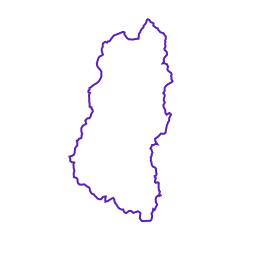 Santa Tereza de Goiás, Goiás, Brazil (Mercator projection), rotated 159°
{"feature_id": "56859067B61245198999160", "entity_name": "Santa Tereza de Goiás", "entity_type": "district", "adm_level": 2, "iso_a3": "BRA", "parent_name": "Brazil", "parent_adm1": "Goiás", "projection": "mercator", "projection_center": [-48.989, -13.559], "detail": "fine", "context": "isolated", "style": "outline", "palette": "violet", "viewbox_px": 256, "rotation_deg": 159, "n_neighbors": 0, "source": "geoboundaries", "source_scale": "gbopen_adm2", "svg_char_len": 3800}
<svg xmlns="http://www.w3.org/2000/svg" viewBox="0 0 256 256"><g transform="rotate(159 128 128)"><path d="M124.9,209.4L125.1,205.5L127.1,205.0L129.1,204.9L130.5,203.8L132.1,202.0L134.1,199.2L134.5,196.5L134.1,195.1L133.4,193.1L132.9,191.9L132.6,190.2L133.3,188.7L133.9,187.4L134.1,186.0L136.3,183.7L137.4,182.8L139.2,181.6L141.5,181.0L144.2,180.6L146.2,180.0L147.5,179.5L149.7,179.1L150.1,177.6L151.6,177.0L152.1,175.7L150.9,174.4L152.6,172.8L153.3,170.5L154.0,168.3L154.8,166.5L155.0,164.8L155.5,163.3L156.2,161.6L154.7,160.5L155.2,159.1L154.6,157.9L154.9,156.0L157.3,154.3L158.7,152.3L160.5,150.9L161.7,151.5L163.5,151.2L165.2,150.3L165.2,148.5L165.5,146.9L167.2,146.7L169.8,146.1L171.6,144.5L172.6,142.1L172.9,140.3L172.8,138.9L174.1,137.6L174.5,136.3L175.4,135.3L177.7,135.5L179.0,134.4L180.3,134.5L180.7,132.1L181.7,129.7L183.6,129.0L185.0,127.6L186.7,123.9L188.4,122.3L190.7,122.0L192.9,122.3L193.0,119.5L193.8,117.9L192.9,116.3L191.7,115.7L190.6,115.0L191.8,113.9L192.6,111.5L193.1,109.9L193.4,107.1L194.9,105.4L196.1,101.5L194.2,100.1L193.5,98.3L194.3,95.9L194.4,94.4L193.8,93.0L192.2,91.9L190.6,91.5L189.2,91.2L188.2,90.0L187.7,88.6L186.8,87.7L185.6,86.4L185.5,84.6L186.0,83.0L185.7,81.0L185.1,79.4L183.7,78.2L183.3,76.8L182.4,75.0L181.9,73.3L180.6,72.0L178.8,71.1L176.4,72.5L174.8,72.4L173.3,72.0L174.6,70.0L175.0,68.8L175.6,67.4L174.3,67.1L172.8,67.1L170.7,67.6L168.7,67.9L167.0,68.1L166.3,66.4L166.8,65.2L166.9,63.1L166.1,60.1L165.6,57.1L164.8,55.9L164.0,54.7L162.9,54.1L161.7,53.6L161.7,51.0L160.4,49.2L158.7,49.6L156.8,50.2L154.8,49.4L153.5,46.8L151.6,46.9L150.3,46.6L148.8,46.8L147.5,45.5L146.9,44.1L147.6,42.7L148.5,41.2L149.3,39.4L148.9,37.7L148.5,36.3L147.3,35.7L145.1,34.9L142.9,34.3L141.1,33.5L139.6,33.6L138.1,35.2L136.8,37.5L136.8,39.5L135.8,40.4L134.8,41.1L133.5,43.3L132.6,42.0L131.4,43.0L130.2,44.4L129.1,45.2L128.2,46.2L128.6,48.6L127.7,51.6L126.6,53.2L124.6,54.1L123.4,53.3L121.7,53.5L122.5,55.2L121.0,57.1L121.4,58.8L120.9,60.9L120.2,62.9L119.7,64.2L119.0,65.5L119.7,66.7L121.7,66.8L122.3,68.2L121.2,69.7L120.0,71.1L120.6,72.3L120.3,73.6L118.7,73.6L117.7,75.0L117.6,76.4L117.0,78.5L116.4,80.1L117.1,81.6L118.6,83.0L119.0,85.3L118.3,87.9L118.4,89.3L117.9,90.5L117.4,92.2L116.1,93.4L114.9,95.4L113.9,96.4L114.0,97.7L113.8,99.0L114.4,100.8L112.8,102.0L111.6,103.5L110.1,103.0L108.1,103.2L106.4,102.3L107.0,104.3L107.2,106.1L106.5,108.3L103.4,109.0L100.7,110.2L99.4,111.0L96.5,109.7L94.6,110.2L93.3,112.5L92.1,114.4L91.1,116.1L89.7,117.6L88.8,118.8L87.4,119.7L86.6,120.8L86.1,122.4L84.6,123.7L83.0,125.2L83.9,127.2L85.7,126.9L87.1,126.5L87.7,128.1L87.3,129.7L86.8,131.3L87.1,133.8L87.1,135.8L86.5,137.0L85.3,137.9L84.4,138.9L84.8,140.6L84.1,142.3L82.9,143.9L82.1,145.0L82.0,146.3L82.6,147.9L81.2,148.8L80.3,149.8L79.7,151.7L78.9,152.8L77.6,153.6L76.0,154.3L74.4,154.6L72.9,154.9L71.3,155.0L69.6,155.6L70.0,158.0L69.2,159.6L69.2,161.1L68.1,162.2L68.1,164.1L69.9,166.8L70.3,168.5L69.3,170.1L68.5,171.0L68.9,172.2L68.7,173.5L69.9,174.4L70.6,175.4L72.5,175.9L70.5,177.2L70.2,179.1L68.8,180.6L67.4,181.3L65.2,182.5L64.6,185.1L65.1,186.3L65.8,187.6L65.6,189.2L64.2,190.0L63.4,191.9L63.3,193.3L62.2,194.9L62.0,196.4L60.9,197.6L59.9,199.6L60.6,201.7L60.9,203.8L62.1,204.7L63.6,206.0L64.0,207.5L64.6,208.9L64.5,210.3L65.8,211.3L66.5,212.5L67.7,214.4L66.7,216.5L67.9,217.9L69.0,218.9L69.3,221.0L70.6,222.5L72.2,221.6L73.1,220.0L74.9,218.7L76.7,217.9L77.7,216.3L79.4,215.6L81.2,214.4L82.0,213.3L83.2,212.6L84.2,211.6L85.0,210.0L86.1,207.6L88.0,208.1L90.4,208.7L92.4,209.0L93.8,209.9L95.5,210.5L96.8,212.6L97.2,214.3L97.6,215.9L97.7,217.3L97.0,218.4L98.0,219.5L108.2,219.4L110.0,218.3L111.5,217.5L112.7,216.5L114.2,215.6L115.6,216.1L117.0,215.3L118.3,216.6L119.8,216.3L121.1,215.9L121.8,214.7L122.5,212.8L124.2,211.2L124.9,209.4Z" fill="none" stroke="#5b21b6" stroke-width="2"/></g></svg>